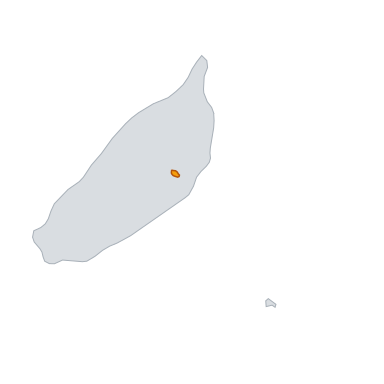 where Chiayi City sits in Taiwan, rotated 206°
{"feature_id": "TWN-1171", "entity_name": "Chiayi City", "entity_type": "Provincial City", "adm_level": 1, "iso_a3": "TWN", "parent_name": "Taiwan", "parent_adm1": "", "projection": "albers", "projection_center": [120.447, 23.481], "detail": "fine", "context": "in_parent", "style": "filled", "palette": "amber", "viewbox_px": 384, "rotation_deg": 206, "n_neighbors": 0, "source": "natural_earth", "source_scale": "10m", "svg_char_len": 1208}
<svg xmlns="http://www.w3.org/2000/svg" viewBox="0 0 384 384"><g transform="rotate(206 192 192)"><path d="M254.8,266.3L250.5,275.2L247.0,284.5L245.7,293.4L245.8,302.5L244.8,310.8L243.1,318.9L236.3,316.6L232.6,310.8L231.7,301.2L226.8,289.6L224.9,286.3L217.8,279.8L211.4,276.6L206.4,271.8L207.0,272.2L203.4,265.8L200.6,259.0L194.8,239.5L192.9,234.8L190.2,230.5L189.5,226.3L190.4,221.5L192.9,214.5L194.4,207.4L193.2,197.8L193.7,188.2L195.6,184.0L228.1,125.7L236.9,113.3L242.3,107.2L246.8,100.4L251.0,91.7L256.2,83.7L260.0,81.3L278.5,74.1L284.2,67.2L288.8,65.1L294.0,65.2L297.4,68.4L300.5,72.2L303.7,74.3L311.9,77.9L315.5,81.5L317.2,87.8L312.3,93.8L309.9,99.1L309.4,105.0L310.4,113.0L310.6,121.1L304.5,140.0L297.9,151.8L296.1,157.6L294.2,172.2L290.3,186.8L287.1,205.3L281.6,224.4L278.6,232.3L274.7,240.0L265.4,254.4L254.8,266.3ZM75.1,121.5L78.0,126.5L76.7,129.6L67.3,127.8L66.8,124.8L70.4,125.4L75.1,121.5Z" fill="#d9dde1" stroke="#a8b0b8" stroke-width="1"/><path d="M216.0,198.5L217.4,199.0L218.5,199.6L219.2,200.7L219.8,202.5L219.0,203.0L217.9,203.2L216.1,203.9L214.1,203.5L212.3,202.3L210.7,201.7L210.4,200.2L211.4,199.1L213.9,198.7L216.0,198.5Z" fill="#f59e0b" stroke="#b45309" stroke-width="1.5"/></g></svg>